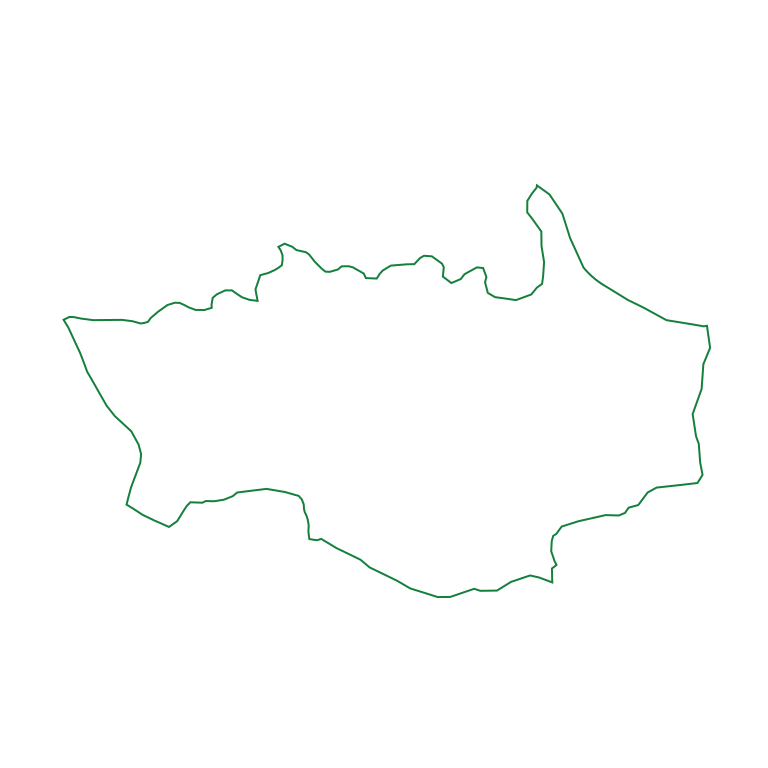 Al Bab, Aleppo, Syria, rotated 274°
{"feature_id": "27442178B24628051118006", "entity_name": "Al Bab", "entity_type": "district", "adm_level": 2, "iso_a3": "SYR", "parent_name": "Syria", "parent_adm1": "Aleppo", "projection": "equal_earth", "projection_center": [37.625, 36.397], "detail": "fine", "context": "isolated", "style": "outline", "palette": "green", "viewbox_px": 768, "rotation_deg": 274, "n_neighbors": 0, "source": "geoboundaries", "source_scale": "gbopen_adm2", "svg_char_len": 4429}
<svg xmlns="http://www.w3.org/2000/svg" viewBox="0 0 768 768"><g transform="rotate(274 384 384)"><path d="M259.9,585.6L260.7,587.7L268.7,614.2L269.2,627.4L272.2,633.4L277.7,636.7L281.0,646.1L294.2,654.6L299.7,663.2L304.1,687.7L307.1,703.6L315.6,708.1L327.6,704.9L346.2,702.2L353.7,698.9L375.5,694.0L385.2,696.7L401.3,701.2L426.0,701.2L429.0,702.2L442.8,706.8L446.5,706.0L464.6,702.1L464.4,701.3L464.2,700.5L463.8,699.0L464.8,689.5L467.4,661.3L478.2,637.8L483.3,625.3L484.6,621.9L497.5,597.2L497.7,596.7L497.9,596.4L498.0,596.2L498.1,595.9L498.3,595.7L498.4,595.4L498.5,595.2L498.7,594.9L498.8,594.7L498.9,594.4L499.1,594.2L499.2,593.9L499.4,593.7L499.5,593.4L499.6,593.2L499.8,592.9L499.9,592.7L500.1,592.5L500.2,592.2L500.4,592.0L500.5,591.7L500.8,591.2L501.0,591.0L501.1,590.8L501.3,590.5L501.4,590.3L501.6,590.0L501.7,589.8L501.9,589.6L502.0,589.3L502.2,589.1L502.3,588.8L502.5,588.6L502.7,588.4L502.8,588.1L503.0,587.9L503.1,587.7L503.3,587.4L503.5,587.2L503.8,586.7L504.0,586.5L504.1,586.3L504.3,586.0L504.5,585.8L504.6,585.6L504.8,585.4L505.0,585.1L505.1,584.9L505.3,584.7L505.5,584.5L505.6,584.2L505.8,584.0L506.0,583.8L506.2,583.6L506.3,583.3L506.5,583.1L506.7,582.9L506.9,582.7L507.0,582.5L507.2,582.2L507.4,582.0L507.6,581.8L507.8,581.6L508.0,581.4L508.1,581.2L508.3,581.0L508.5,580.7L508.9,580.3L509.1,580.1L509.2,579.9L509.4,579.7L509.6,579.5L509.8,579.3L510.0,579.1L510.2,578.9L510.4,578.6L510.6,578.4L510.8,578.2L511.0,578.0L511.2,577.8L511.3,577.6L511.5,577.4L511.7,577.2L511.9,577.0L512.1,576.8L512.3,576.6L512.5,576.4L512.7,576.2L512.9,576.0L513.1,575.8L513.3,575.7L513.5,575.5L513.7,575.3L513.9,575.1L514.1,574.9L542.7,559.4L566.3,550.1L584.6,535.9L592.8,522.7L591.6,522.6L590.4,522.5L584.3,518.3L576.7,514.2L565.2,514.9L558.6,520.8L547.1,530.3L532.7,531.5L516.7,535.2L502.6,535.2L494.9,534.7L490.8,529.8L483.6,524.7L476.9,509.8L477.7,499.2L478.4,488.7L482.1,481.2L492.6,477.7L497.8,478.7L506.6,474.8L506.8,468.5L499.2,456.7L494.1,453.3L489.4,444.2L495.3,435.2L504.6,435.5L508.1,433.5L514.7,422.8L514.7,415.0L512.3,411.3L505.7,405.9L505.0,398.5L502.6,382.6L500.0,378.9L497.0,374.7L495.2,373.3L493.4,371.9L488.7,369.4L488.4,358.5L492.8,356.1L498.3,344.6L499.0,340.2L498.4,333.5L495.0,330.0L492.1,322.1L492.0,317.7L494.9,313.6L501.1,306.5L508.0,300.2L510.0,297.0L511.5,287.3L514.5,282.9L517.0,275.0L513.4,269.1L510.2,271.6L505.3,273.8L500.5,274.2L495.4,273.8L492.7,270.8L490.2,267.3L486.6,260.7L485.3,256.8L483.9,253.0L475.1,250.7L469.5,249.2L466.1,250.0L460.9,251.4L458.1,252.1L458.2,250.5L458.3,248.9L458.5,244.2L459.3,241.2L460.6,236.4L462.3,233.3L463.0,232.1L465.0,228.7L466.8,225.7L466.3,219.1L461.8,211.0L458.0,207.1L451.7,206.5L451.1,206.4L449.7,206.6L448.0,206.8L445.3,199.8L444.9,192.7L444.7,191.0L445.7,187.7L446.8,183.9L449.1,178.7L450.5,174.8L450.7,174.5L450.6,173.5L450.5,169.8L447.7,162.5L441.1,154.5L440.2,153.4L438.1,151.3L433.5,146.6L429.5,144.2L428.2,140.6L427.5,137.6L427.4,136.9L427.8,135.0L429.1,128.6L429.7,118.2L427.4,89.2L427.8,83.4L428.1,77.7L429.1,69.9L429.0,66.8L428.9,65.4L427.9,63.7L425.7,59.9L421.9,62.6L419.5,64.3L418.9,64.8L418.3,65.2L414.6,67.2L400.8,74.8L393.8,78.7L382.6,83.9L375.6,87.0L373.5,88.4L371.8,89.6L362.7,95.7L358.9,98.2L354.7,101.0L343.0,108.8L333.1,117.8L326.8,125.7L319.0,135.4L314.7,138.1L306.3,143.5L300.3,145.5L298.4,146.1L298.2,146.2L298.0,146.3L297.0,146.6L288.5,146.4L269.7,140.8L263.3,138.9L252.0,136.7L245.7,135.6L243.7,139.6L240.2,146.0L236.6,152.4L231.8,164.5L226.4,179.5L232.8,187.3L242.0,192.1L248.4,195.6L252.5,199.1L252.9,211.1L254.8,214.3L255.2,222.8L257.4,232.3L259.2,236.1L261.6,241.0L265.1,244.6L265.5,245.0L265.7,246.2L266.9,252.1L270.9,272.7L271.2,273.9L269.7,289.1L269.3,293.0L267.6,301.0L267.1,303.2L267.0,303.8L266.5,306.6L265.5,307.6L263.2,310.0L258.4,312.3L253.9,312.9L250.9,313.8L250.7,313.9L246.7,316.1L243.3,317.4L237.5,318.8L233.6,318.8L232.2,318.8L229.9,319.2L227.6,319.6L224.1,320.4L223.9,322.9L223.8,323.5L223.6,326.7L223.5,328.2L224.4,330.4L225.1,332.2L217.0,348.0L211.5,361.8L207.0,372.9L200.0,382.5L192.6,401.0L188.4,411.3L187.7,412.6L186.8,414.6L186.3,415.5L186.0,416.2L185.1,417.9L181.9,424.4L178.6,438.4L175.2,452.4L176.2,464.9L179.0,471.6L186.0,488.3L184.4,494.5L185.8,511.1L195.5,524.6L203.2,543.1L201.8,552.1L197.8,565.7L211.7,564.4L213.6,566.6L215.6,568.7L219.4,566.4L225.2,564.0L228.7,562.5L232.4,562.4L239.2,562.3L244.3,563.4L246.5,566.3L254.2,571.2L259.9,585.6Z" fill="none" stroke="#15803d" stroke-width="2"/></g></svg>